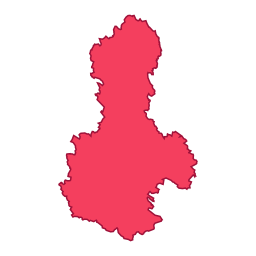 Carrickmacross-Castleblayney Lea-6, Monaghan, Ireland
{"feature_id": "5873133B57447435904726", "entity_name": "Carrickmacross-Castleblayney Lea-6", "entity_type": "district", "adm_level": 2, "iso_a3": "IRL", "parent_name": "Ireland", "parent_adm1": "Monaghan", "projection": "albers", "projection_center": [-6.701, 54.051], "detail": "fine", "context": "isolated", "style": "filled", "palette": "rose", "viewbox_px": 256, "rotation_deg": 0, "n_neighbors": 0, "source": "geoboundaries", "source_scale": "gbopen_adm2", "svg_char_len": 5782}
<svg xmlns="http://www.w3.org/2000/svg" viewBox="0 0 256 256"><path d="M61.2,182.4L59.1,184.1L59.0,184.8L60.9,186.2L61.5,188.2L60.8,189.1L63.1,191.6L62.3,192.7L62.3,193.3L63.3,195.0L64.9,196.3L66.7,196.2L66.5,197.8L67.4,200.0L69.2,201.5L68.5,202.4L69.0,204.8L69.0,205.5L69.7,206.3L71.7,207.1L70.7,208.5L70.8,209.0L70.3,209.5L73.4,213.7L71.6,215.0L72.9,217.0L74.4,216.4L77.7,216.6L79.2,217.8L80.0,217.2L81.2,217.3L82.1,218.0L82.4,218.9L82.2,219.3L82.8,219.9L84.5,219.2L87.3,219.4L89.3,221.2L90.4,220.4L93.8,221.6L96.3,220.2L96.7,220.6L96.8,222.2L97.8,222.5L102.1,225.9L102.4,227.8L105.3,228.8L106.2,230.3L110.7,231.8L113.3,231.5L114.7,229.5L115.4,229.3L117.0,227.9L117.6,228.5L118.3,232.6L121.1,235.7L123.4,237.0L124.0,238.5L128.4,239.4L130.6,240.6L132.7,239.8L132.6,238.5L133.2,236.7L132.9,235.2L135.3,234.3L136.6,232.2L138.4,231.8L139.7,233.3L142.1,234.5L143.5,233.8L144.2,232.4L145.9,231.1L147.4,230.7L148.6,231.1L153.8,229.1L154.2,228.1L153.8,226.0L153.9,224.7L155.0,223.2L161.3,221.1L161.5,220.2L162.2,219.8L160.0,216.4L155.0,215.2L148.1,209.8L148.6,208.2L149.7,208.0L151.9,208.8L152.4,208.4L152.7,207.4L153.6,206.7L152.5,204.8L151.9,205.2L151.2,204.9L151.2,203.4L148.2,200.9L147.2,198.0L147.8,197.2L148.3,197.4L149.7,198.3L150.2,199.5L151.0,199.7L152.6,201.1L153.9,201.4L153.9,200.7L153.1,199.6L153.6,198.2L149.7,195.9L147.7,194.2L148.6,193.4L149.3,192.0L150.0,191.5L151.7,193.3L153.6,193.3L155.9,192.5L156.9,192.5L157.4,193.0L158.2,192.6L158.6,190.0L159.1,189.5L155.8,187.4L156.5,186.4L157.1,184.4L159.0,183.4L160.1,183.3L163.1,184.4L163.8,180.2L162.5,179.4L166.0,178.0L171.1,180.3L172.8,182.0L174.1,182.3L174.8,183.2L177.8,185.0L177.3,186.6L178.9,188.1L182.5,188.6L185.3,188.1L186.9,189.2L187.4,188.4L188.4,187.9L190.0,187.8L189.5,185.4L190.5,184.3L191.4,181.9L188.8,180.9L189.0,179.6L193.1,175.1L193.6,175.0L194.7,176.7L194.9,176.1L195.6,176.0L194.9,175.0L195.2,174.2L195.0,173.4L194.2,172.6L194.4,171.0L194.8,170.1L193.5,169.3L191.1,166.7L196.4,163.8L196.7,163.3L196.6,162.5L197.0,161.5L196.2,160.2L194.3,159.8L193.2,158.6L193.4,155.2L193.1,154.3L191.7,154.1L189.4,152.7L188.3,152.9L190.7,151.2L190.8,150.7L189.4,150.6L188.2,149.2L187.3,149.0L187.6,146.8L187.4,145.8L183.9,143.2L186.7,141.1L186.4,140.3L185.3,139.3L183.8,138.7L181.9,136.1L179.9,136.7L180.9,135.4L175.4,131.5L174.2,132.4L172.7,132.1L171.8,136.1L170.1,134.8L168.4,134.6L167.6,133.9L167.3,134.2L167.5,134.9L167.0,136.6L164.4,136.7L164.1,137.3L164.4,137.7L164.2,138.5L162.6,136.1L162.1,134.4L161.4,133.4L158.9,133.0L158.9,131.7L157.6,131.1L156.7,129.7L156.6,129.2L157.2,128.4L155.7,126.2L154.9,126.2L153.6,123.1L154.1,121.7L153.2,121.4L152.7,119.7L150.2,119.2L149.2,119.5L147.7,118.7L146.0,116.1L146.3,114.5L146.2,113.5L145.5,112.7L144.8,112.6L144.3,111.5L144.3,110.6L146.2,110.1L147.7,110.5L147.8,109.9L148.8,109.3L149.0,108.7L148.7,107.7L149.2,105.4L148.8,102.9L150.1,101.0L150.1,100.5L149.7,99.9L148.7,100.1L148.5,99.0L147.8,98.5L147.3,96.4L148.7,93.7L150.2,95.6L151.7,96.1L154.8,93.8L154.3,92.1L154.8,91.4L154.6,90.3L153.0,88.7L152.4,87.4L152.3,86.5L152.6,85.8L150.3,83.5L147.9,77.7L147.6,73.8L148.0,72.7L148.3,73.0L149.8,72.7L150.9,73.0L151.8,74.6L153.2,74.6L153.1,72.7L152.1,70.5L153.0,70.2L153.1,69.5L152.7,68.7L154.6,67.8L155.4,68.3L156.1,68.1L156.2,67.6L157.1,67.0L156.9,66.0L157.2,65.8L156.9,65.3L157.4,64.2L157.4,63.3L156.6,61.7L156.9,60.9L156.5,60.7L156.9,60.3L156.6,60.0L156.8,59.6L156.7,59.2L157.8,59.0L158.3,58.2L157.9,57.1L158.4,56.1L159.1,56.4L160.7,55.4L161.0,53.8L160.6,52.8L160.9,51.7L160.9,50.7L161.5,50.6L161.3,49.8L160.9,49.8L160.8,48.7L159.8,46.2L159.9,45.6L159.3,44.6L159.7,44.3L159.4,43.3L159.6,42.9L159.1,42.2L159.3,42.0L158.8,40.7L158.9,39.4L158.6,38.1L158.9,38.1L158.8,37.5L157.2,36.4L155.8,33.9L155.2,30.8L154.2,31.3L152.9,30.9L149.4,27.1L148.8,27.1L146.9,23.4L145.9,20.7L142.2,21.5L140.6,19.9L140.1,18.9L139.5,19.3L139.2,20.4L138.1,20.8L135.9,19.5L134.1,15.5L132.8,15.7L132.6,16.4L130.0,15.4L128.0,15.6L126.1,17.1L124.3,19.7L124.9,22.1L122.3,24.0L121.4,25.3L121.4,26.6L121.1,27.2L121.3,28.4L121.1,28.7L121.3,29.1L120.6,29.5L118.5,28.8L116.4,26.4L115.1,26.3L113.6,29.5L113.7,30.7L114.1,31.4L113.8,32.0L114.2,33.2L114.0,34.8L112.7,35.8L113.1,36.6L111.7,37.3L109.9,37.5L109.4,38.5L108.6,38.6L105.9,36.2L104.5,37.9L102.5,39.2L99.4,38.7L100.0,40.2L100.2,41.4L101.2,43.5L101.0,44.9L99.9,45.8L98.4,44.0L95.4,44.6L94.8,44.1L93.5,45.6L93.7,45.8L91.8,49.2L91.9,49.8L91.1,49.8L90.4,51.1L90.5,51.8L89.8,53.5L91.0,55.6L90.9,57.0L90.5,58.2L91.1,60.5L93.7,61.8L92.7,64.2L92.5,65.8L91.8,66.3L91.7,67.6L93.6,68.3L93.4,70.3L94.0,72.3L93.2,72.5L92.3,73.4L90.7,73.4L90.9,75.4L91.8,76.2L91.8,76.7L92.6,76.8L92.9,77.5L94.1,78.3L94.8,77.3L99.8,78.8L100.8,80.0L102.4,81.2L103.6,84.0L102.4,85.5L99.5,83.4L97.5,82.9L99.8,87.7L99.1,89.9L99.5,90.7L100.0,90.9L100.1,92.6L99.6,93.9L98.0,93.0L96.9,94.0L95.3,94.1L95.3,94.6L95.9,95.5L97.1,95.8L97.9,96.8L97.6,98.4L97.1,99.6L104.3,107.1L102.7,111.8L101.6,111.0L100.8,112.0L104.7,117.1L102.8,119.1L101.3,122.2L98.3,123.2L100.1,124.7L99.1,126.5L98.4,127.3L99.1,128.0L99.9,128.2L99.6,129.2L98.6,129.9L97.0,132.1L96.1,132.1L95.0,132.8L94.4,132.7L93.6,131.7L92.3,131.5L91.1,134.0L90.9,136.1L88.6,133.9L87.1,134.0L84.8,133.0L80.9,133.3L80.1,133.7L79.1,134.9L80.1,136.6L79.8,138.3L79.4,139.0L73.7,135.5L72.2,139.5L70.8,141.6L73.2,142.5L75.5,145.8L75.4,147.1L76.1,149.4L76.0,149.9L75.1,150.9L75.6,152.5L75.2,153.3L75.4,153.5L74.9,154.7L74.1,154.8L72.1,153.9L70.3,154.0L70.2,153.7L66.9,154.0L66.6,154.8L66.6,156.0L67.0,156.7L66.8,157.9L68.1,160.6L67.3,161.5L67.4,162.6L67.8,163.4L67.6,164.4L69.6,166.5L69.9,168.2L70.5,168.2L70.7,169.6L68.4,173.8L68.4,175.8L68.1,175.7L68.0,176.4L71.0,177.2L70.6,180.0L70.1,180.6L67.8,180.8L65.3,180.1L64.6,181.2L64.5,182.6L65.0,183.4L63.8,184.4L61.4,183.0L61.7,182.6L61.2,182.4Z" fill="#f43f5e" stroke="#9f1239" stroke-width="1.5"/></svg>